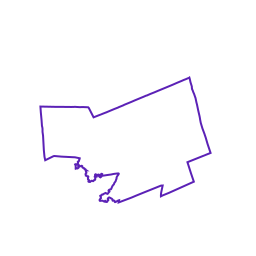 outline of Crevenicu, Teleorman, Romania, rotated 214°
{"feature_id": "2599482B13344453744319", "entity_name": "Crevenicu", "entity_type": "district", "adm_level": 2, "iso_a3": "ROU", "parent_name": "Romania", "parent_adm1": "Teleorman", "projection": "natural_earth1", "projection_center": [25.564, 44.229], "detail": "fine", "context": "isolated", "style": "outline", "palette": "violet", "viewbox_px": 256, "rotation_deg": 214, "n_neighbors": 0, "source": "geoboundaries", "source_scale": "gbopen_adm2", "svg_char_len": 5053}
<svg xmlns="http://www.w3.org/2000/svg" viewBox="0 0 256 256"><g transform="rotate(214 128 128)"><path d="M105.3,204.1L105.4,203.8L106.5,202.2L107.1,201.2L108.7,198.9L109.7,197.3L112.6,192.9L115.0,189.1L116.3,187.1L116.7,186.5L123.4,176.4L124.0,175.5L126.0,172.4L128.6,168.6L129.1,167.8L130.0,166.4L130.3,165.8L130.7,165.4L131.3,164.6L132.5,162.7L133.3,161.5L137.8,154.7L139.7,151.7L144.1,145.1L144.5,144.3L146.9,140.7L147.5,139.8L147.6,139.5L149.9,136.2L154.3,129.5L162.5,117.6L171.7,122.7L172.6,122.9L176.7,120.4L180.0,118.1L182.2,116.8L183.8,115.9L184.0,115.7L186.8,113.7L195.0,108.3L199.6,105.2L212.6,96.8L209.0,92.2L204.0,86.1L200.4,81.5L200.1,81.3L199.0,80.2L198.4,79.5L196.7,77.0L194.1,74.1L185.4,62.6L181.2,57.5L178.6,55.0L174.0,63.0L173.4,63.6L167.1,67.1L155.5,74.1L151.1,75.9L150.8,75.3L150.8,75.0L150.7,74.2L150.4,73.8L150.3,73.5L150.2,72.8L150.3,72.6L150.6,72.3L150.7,72.2L150.7,71.8L150.1,71.4L149.8,70.7L149.5,70.0L149.5,69.7L149.6,69.4L149.9,69.3L150.6,69.1L150.9,68.9L151.3,68.6L151.5,68.2L151.2,68.0L150.6,67.8L150.3,67.7L150.0,67.0L149.7,66.6L149.4,66.3L149.0,65.5L148.8,65.2L148.7,65.1L148.5,65.5L148.4,65.6L147.7,65.8L147.6,66.3L147.1,66.5L146.8,67.4L146.8,67.6L147.0,68.0L147.4,68.3L147.6,68.4L147.8,68.4L148.0,68.5L148.2,69.3L148.2,69.8L147.4,69.5L147.1,69.0L146.9,68.9L146.7,68.9L146.5,69.1L146.5,69.4L145.7,70.1L145.6,70.5L145.2,70.8L144.9,70.8L144.6,70.8L144.1,70.1L143.9,69.9L143.5,69.8L143.1,69.8L142.7,70.0L141.9,70.1L141.7,70.1L141.5,69.8L141.4,69.7L141.1,69.7L140.6,69.9L140.2,70.0L140.0,69.9L139.9,69.8L139.9,69.4L139.7,69.3L139.4,69.5L139.2,69.6L138.7,69.6L139.1,69.3L139.1,69.1L138.7,68.6L138.6,68.4L138.2,68.1L137.7,67.8L137.5,67.7L137.4,67.6L137.4,67.4L137.5,66.8L137.5,66.5L137.5,66.2L137.3,65.9L137.0,65.5L136.7,65.3L136.2,65.4L136.1,65.0L135.7,65.1L135.2,65.2L134.7,65.2L134.1,65.6L133.9,65.5L133.7,65.4L133.8,65.2L133.7,64.9L133.6,64.7L133.4,64.3L133.2,64.0L133.0,63.9L132.7,63.6L132.5,63.1L132.4,63.0L131.3,63.0L131.0,62.9L130.9,62.8L130.9,62.6L131.0,62.3L131.0,61.9L131.0,61.7L130.9,61.5L130.6,61.4L130.1,61.6L129.5,61.9L129.3,62.1L129.2,62.2L129.2,62.3L129.2,62.7L128.9,63.2L128.9,63.5L128.8,63.8L128.6,63.9L128.2,64.2L127.4,64.3L127.1,64.5L127.0,64.8L127.0,65.2L127.0,65.7L126.8,66.1L126.4,66.5L126.4,66.9L126.4,67.0L126.8,67.3L127.1,68.3L127.1,68.5L127.3,68.7L128.1,68.9L128.3,68.9L128.4,69.0L128.4,69.6L129.2,70.9L129.2,71.1L129.1,71.3L128.9,71.6L128.6,71.6L128.4,71.6L128.3,71.4L128.4,70.7L127.9,70.3L127.4,70.1L127.0,70.1L126.8,70.2L126.7,70.3L126.8,70.5L127.5,70.7L127.6,70.9L127.6,71.0L127.1,71.3L126.9,71.7L126.8,72.5L126.6,72.8L126.4,72.9L125.9,73.1L125.6,73.1L125.3,72.9L125.2,72.4L125.1,71.9L124.9,71.7L123.7,71.6L123.3,71.6L123.2,71.8L123.0,72.5L122.9,72.8L122.9,73.0L123.0,73.2L124.1,73.3L124.4,73.5L124.4,74.2L124.5,74.8L124.5,75.1L124.4,75.2L124.1,75.3L123.9,75.4L123.6,75.4L123.5,75.2L123.4,75.0L123.3,74.7L122.6,74.3L122.4,74.2L122.3,74.3L121.3,75.2L118.7,77.6L115.9,80.1L114.4,81.7L113.2,82.8L111.2,84.5L110.5,85.0L110.4,85.0L110.2,85.0L110.0,84.7L109.9,84.2L109.9,83.7L110.0,83.0L109.9,81.0L109.8,80.7L109.7,80.4L109.1,79.5L109.1,78.9L109.0,78.7L108.8,77.8L108.6,77.3L108.5,76.9L108.5,76.5L108.5,76.2L108.6,75.2L108.6,74.9L108.2,73.3L108.3,72.8L108.4,72.4L108.5,71.5L108.4,71.0L108.3,70.7L108.3,70.0L107.9,68.4L107.9,67.9L107.9,67.7L108.0,67.6L108.3,67.3L108.5,67.1L109.1,66.2L109.2,65.5L109.1,65.1L108.9,64.9L108.7,64.9L108.4,65.1L108.2,65.1L107.9,65.1L107.8,64.8L107.8,64.6L108.0,63.5L108.0,62.8L108.0,62.3L108.1,62.1L108.2,61.9L108.9,61.8L109.3,61.6L109.9,61.7L110.3,61.6L110.4,61.4L111.3,59.8L111.4,59.5L111.5,59.0L111.6,58.9L112.0,58.7L112.3,58.4L112.3,58.1L112.3,57.5L112.4,57.4L112.5,57.2L112.9,56.8L113.0,56.6L113.1,56.2L112.8,56.0L112.3,56.0L112.2,56.0L111.6,55.2L111.3,54.9L111.2,54.8L111.2,54.7L111.5,54.4L111.3,53.5L111.4,53.1L111.4,52.7L111.3,52.4L110.9,52.0L110.6,51.9L110.4,52.0L110.1,52.2L109.7,52.5L109.0,53.2L108.7,53.4L108.4,53.5L107.0,53.6L106.4,53.8L106.5,54.1L106.3,54.5L106.3,54.8L106.2,54.9L105.7,54.8L105.2,54.4L104.9,54.4L104.4,54.7L104.3,54.8L104.0,55.2L104.0,55.3L104.2,55.7L104.2,56.0L104.2,56.3L103.9,57.0L104.0,57.3L104.4,57.5L104.7,57.8L105.1,57.8L105.2,58.0L105.2,59.1L105.0,59.6L104.8,59.9L104.6,59.9L103.8,60.1L103.5,60.2L103.0,60.1L102.3,60.3L102.0,60.3L101.2,60.2L100.8,59.7L100.1,59.2L99.9,59.2L99.6,59.4L99.5,59.5L99.5,59.8L99.4,59.8L99.2,60.0L98.4,60.0L98.1,59.9L97.8,59.7L97.5,59.3L97.3,59.3L97.1,59.5L96.7,60.1L95.9,61.8L95.5,62.5L95.0,63.1L94.1,61.1L86.3,72.1L83.3,76.7L79.2,82.8L69.1,97.7L68.5,98.6L68.2,98.9L67.1,99.7L64.6,93.5L63.9,92.0L63.0,90.5L62.5,89.8L61.5,91.6L57.8,97.1L43.4,120.3L50.5,125.7L59.6,132.9L45.6,153.5L53.3,159.4L58.1,163.4L59.8,164.7L60.5,165.2L60.8,165.5L66.1,169.3L70.5,172.9L71.0,173.4L73.1,175.5L74.0,176.5L75.5,178.0L76.7,179.1L78.1,180.4L79.8,182.0L84.0,186.1L85.5,187.4L88.8,190.6L89.9,191.4L92.4,193.3L92.9,193.6L93.6,194.0L95.5,195.4L95.6,195.5L95.9,195.6L96.6,196.0L97.1,196.7L97.3,196.8L97.5,196.9L97.9,197.6L98.3,198.1L101.8,200.9L104.2,203.2L105.3,204.1Z" fill="none" stroke="#5b21b6" stroke-width="2"/></g></svg>